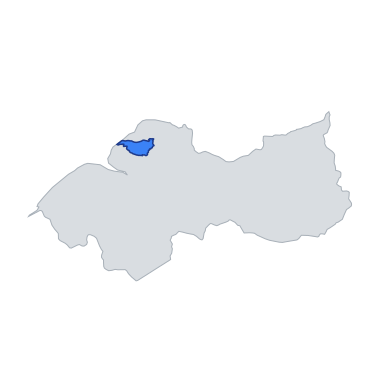 V-1 Mahaica/Mahaicony, Mahaica-Berbice, Guyana (highlighted), rotated 276°
{"feature_id": "73187651B37503921444880", "entity_name": "V-1 Mahaica/Mahaicony", "entity_type": "district", "adm_level": 2, "iso_a3": "GUY", "parent_name": "Guyana", "parent_adm1": "Mahaica-Berbice", "projection": "robinson", "projection_center": [-57.895, 6.278], "detail": "fine", "context": "in_parent", "style": "filled", "palette": "blue", "viewbox_px": 384, "rotation_deg": 276, "n_neighbors": 0, "source": "geoboundaries", "source_scale": "gbopen_adm2", "svg_char_len": 6368}
<svg xmlns="http://www.w3.org/2000/svg" viewBox="0 0 384 384"><g transform="rotate(276 192 192)"><path d="M122.6,177.8L114.5,167.5L106.3,157.2L98.3,147.1L97.8,145.7L101.1,140.9L104.1,137.4L106.7,135.4L107.8,133.7L106.9,126.3L107.0,123.6L105.8,120.7L105.0,117.4L106.0,114.7L107.2,112.8L108.8,112.0L112.5,111.4L115.2,111.1L116.1,110.0L117.7,108.8L119.7,108.7L123.6,109.6L125.4,107.9L128.7,105.7L136.0,101.9L137.7,99.4L138.9,95.5L138.7,93.6L138.0,92.9L136.2,92.3L133.4,92.2L131.1,93.2L128.8,92.7L126.9,90.3L126.8,88.3L128.0,85.5L127.3,83.7L123.6,77.8L123.7,76.1L126.3,73.5L127.8,71.2L129.9,65.9L131.5,64.1L136.7,63.4L137.9,62.3L140.6,59.4L144.4,56.2L150.0,53.6L151.6,48.9L152.6,47.6L157.1,45.1L157.8,43.8L157.7,42.6L150.6,32.0L152.0,32.7L157.5,39.7L160.6,41.2L161.2,41.2L161.3,39.4L164.1,40.1L171.3,44.9L181.9,52.7L196.8,67.4L201.0,73.1L203.9,75.7L208.3,82.1L209.6,85.3L209.5,97.8L205.6,106.3L204.6,112.7L204.4,121.1L202.1,126.0L205.1,123.4L206.1,115.7L208.7,111.1L212.0,106.0L216.5,104.7L221.3,106.9L225.2,107.3L228.6,108.8L235.9,117.0L243.0,123.4L245.6,128.6L253.1,131.2L257.6,135.3L259.0,138.8L259.9,148.0L258.4,162.0L258.8,162.7L256.8,165.4L256.4,167.2L255.1,170.3L254.1,172.0L255.6,175.8L257.3,176.0L257.9,176.5L258.4,177.2L258.3,178.1L257.6,178.8L256.0,179.7L254.4,182.0L254.6,184.4L253.6,185.7L250.5,186.4L244.4,186.4L241.4,186.5L239.0,187.0L237.4,188.6L235.4,189.7L233.9,189.9L232.5,191.8L231.1,194.4L231.6,196.2L233.0,198.6L233.8,201.0L232.7,205.0L231.5,208.0L230.8,210.4L229.9,214.9L227.5,219.8L225.8,222.6L225.8,225.7L226.7,230.0L231.5,236.4L233.0,239.4L234.3,244.2L238.7,248.0L241.4,251.1L241.1,255.2L241.5,256.5L243.2,257.5L245.2,258.3L247.5,258.2L249.5,257.9L250.0,257.3L254.7,257.2L255.2,258.3L255.5,264.1L255.7,266.5L256.8,267.5L257.4,268.9L257.5,270.2L257.7,273.5L258.4,275.3L258.3,278.8L258.8,280.0L260.1,280.9L261.7,283.4L262.3,283.7L262.6,284.6L264.0,288.2L264.7,289.3L265.2,289.4L265.5,290.7L266.5,294.0L267.2,294.9L268.5,297.3L269.0,300.0L270.7,303.0L272.5,305.1L273.3,307.3L275.5,312.2L277.7,315.6L280.7,316.5L283.2,317.0L284.7,318.3L286.2,319.7L284.6,320.4L283.1,321.2L281.1,320.6L278.3,320.9L275.3,321.9L272.6,322.4L267.5,320.8L266.0,320.6L264.9,320.0L262.8,316.9L261.8,316.6L259.1,318.0L255.8,319.0L254.2,318.8L252.3,319.8L250.5,321.2L247.1,327.1L245.4,329.1L243.5,330.1L239.8,330.1L235.8,330.3L232.8,331.7L230.0,332.4L228.6,332.5L228.1,335.7L227.5,337.2L226.6,338.1L224.4,338.3L222.4,338.2L221.3,336.9L219.1,336.2L217.1,335.7L215.8,335.0L214.8,335.2L214.0,336.5L213.3,337.7L212.7,339.8L209.7,340.4L208.5,341.6L209.2,345.6L208.9,347.2L208.2,348.4L204.7,348.6L201.6,348.5L199.8,350.0L197.6,351.7L196.3,352.0L194.8,351.9L192.7,349.9L190.7,347.5L185.6,345.8L180.6,344.4L177.3,340.5L176.5,338.6L174.9,337.8L171.0,333.2L168.9,330.3L166.5,329.5L163.8,328.3L164.0,326.1L163.8,324.1L162.6,323.2L161.0,322.7L160.4,321.5L160.6,318.8L160.9,311.9L160.4,305.3L156.8,303.0L155.3,301.4L152.6,291.6L151.3,287.2L151.2,283.9L152.1,274.1L153.1,269.8L155.9,261.3L157.5,258.5L157.6,256.3L157.5,253.5L156.7,248.1L161.4,244.6L163.4,243.2L163.7,240.9L166.3,238.0L167.4,235.2L168.3,233.0L168.1,231.9L167.0,231.2L165.7,229.1L162.9,223.1L162.0,221.9L161.1,220.2L161.6,217.6L162.6,214.7L162.5,213.5L160.9,212.0L157.5,209.4L154.7,209.2L152.5,208.3L149.4,208.1L146.8,207.9L145.4,206.9L145.7,205.3L146.3,204.1L148.4,201.1L149.9,197.9L150.1,194.7L150.5,190.6L151.1,187.0L151.5,183.0L148.1,180.3L147.0,178.1L145.7,176.2L144.1,176.2L141.8,175.3L138.2,177.9L135.4,177.4L133.5,178.4L129.0,178.2L126.1,176.9L122.6,177.8Z" fill="#d9dde1" stroke="#a8b0b8" stroke-width="1"/><path d="M223.6,142.9L223.8,143.1L224.0,143.4L224.3,143.7L224.6,143.8L225.0,143.8L225.5,143.6L225.9,143.5L226.2,143.8L226.5,144.1L226.9,144.4L227.3,144.5L227.6,144.4L228.0,144.3L228.4,144.3L228.9,144.5L229.1,144.8L229.2,145.2L229.6,145.4L229.9,145.3L230.2,145.3L230.5,145.6L230.5,146.2L230.6,146.5L230.9,146.6L231.3,146.8L231.5,147.2L231.7,147.6L232.0,147.9L232.4,147.9L232.8,148.0L233.1,148.1L233.5,148.4L233.8,148.8L234.0,149.2L234.3,149.3L234.6,149.1L234.9,148.8L235.1,148.6L235.4,148.3L235.7,148.1L236.0,147.9L236.4,147.8L236.9,147.8L237.3,147.9L237.8,148.0L238.2,147.9L238.6,147.8L238.9,147.5L239.3,147.7L239.6,147.9L240.0,148.2L240.4,148.1L240.7,148.2L240.9,147.8L240.9,147.4L240.7,147.0L240.6,146.6L240.6,146.2L240.7,145.7L240.6,145.3L240.6,144.9L240.6,144.5L240.3,144.1L240.0,143.9L239.7,143.7L239.5,143.4L239.2,143.0L239.3,143.4L239.2,143.9L239.1,144.3L238.8,144.4L238.4,144.2L238.2,144.0L237.9,143.5L237.8,143.2L237.9,142.7L238.1,142.3L238.2,141.8L238.2,141.4L238.2,141.0L238.3,140.5L238.3,140.1L238.4,139.6L238.5,139.0L238.5,138.6L238.4,138.2L238.3,137.7L238.1,137.4L237.8,137.0L237.6,136.8L237.3,136.4L237.1,136.1L236.9,135.5L236.7,135.0L236.5,134.6L236.3,134.2L236.2,133.7L236.0,133.3L235.9,132.9L235.8,132.5L235.7,132.2L235.6,131.8L235.5,131.4L235.5,131.0L235.5,130.4L235.5,129.8L235.6,129.1L235.8,128.6L235.9,127.9L236.1,127.4L236.4,127.0L236.5,126.5L236.4,126.1L236.4,125.6L236.4,125.1L236.4,124.5L236.5,124.1L236.5,123.6L236.5,123.0L236.4,122.5L236.3,122.1L236.2,121.7L236.0,121.1L235.8,120.6L235.8,120.2L235.8,119.8L235.8,119.1L235.9,118.7L235.9,118.1L235.9,117.5L235.9,117.3L235.7,117.0L235.5,116.6L235.0,116.1L234.5,115.6L232.4,113.3L231.8,112.7L231.5,112.6L231.4,112.5L231.2,113.0L231.1,113.4L231.1,113.8L231.2,114.2L231.4,114.5L231.7,114.9L231.8,115.3L231.9,115.6L232.0,116.1L232.0,116.6L232.1,117.1L232.2,117.5L232.3,117.9L232.4,118.3L232.4,118.7L232.3,119.2L232.0,119.2L231.6,119.1L231.1,119.0L230.6,119.0L230.2,119.3L230.1,119.6L230.4,120.0L230.5,120.4L230.5,120.7L230.6,121.2L230.6,121.6L230.7,122.1L230.6,122.6L230.2,122.6L229.9,122.6L229.4,122.5L229.0,122.4L228.6,122.4L228.2,122.5L227.8,122.8L227.6,123.1L227.3,123.5L227.0,123.9L226.9,124.3L226.8,124.7L226.6,125.2L226.3,125.4L225.9,125.4L225.6,125.6L225.4,126.0L225.1,126.2L224.8,126.6L224.7,127.0L224.6,127.5L224.5,128.1L224.4,128.4L224.1,128.8L223.8,129.3L223.8,129.7L223.7,130.2L223.5,130.6L223.5,131.0L223.4,131.4L223.4,131.8L223.2,132.2L223.0,132.7L223.0,133.1L223.0,133.6L223.0,134.0L222.9,134.4L222.8,134.9L222.9,135.4L222.9,135.8L223.0,136.4L223.0,136.9L223.0,137.4L223.1,137.9L223.0,138.3L223.0,138.6L223.4,138.5L223.7,138.6L223.9,139.0L223.7,139.4L223.7,139.8L223.8,140.2L223.9,140.6L223.9,141.0L223.7,141.4L223.6,141.7L223.4,142.1L223.4,142.5L223.6,142.9Z" fill="#3b82f6" stroke="#1e3a8a" stroke-width="1.5"/></g></svg>